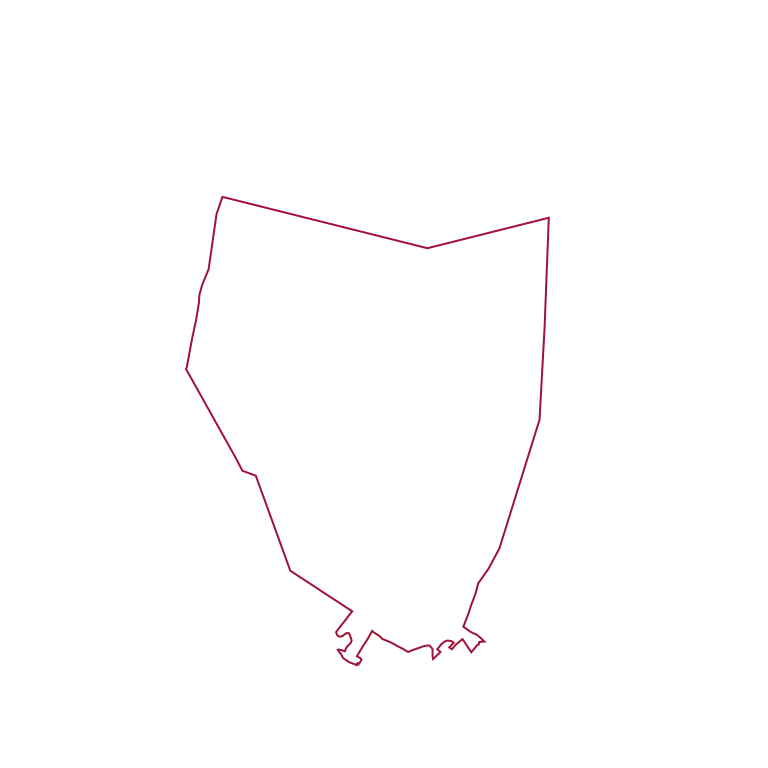 outline of San Juan Bautista Guelache, Oaxaca, Mexico, rotated 311°
{"feature_id": "50627088B98524938621349", "entity_name": "San Juan Bautista Guelache", "entity_type": "district", "adm_level": 2, "iso_a3": "MEX", "parent_name": "Mexico", "parent_adm1": "Oaxaca", "projection": "natural_earth1", "projection_center": [-96.79, 17.24], "detail": "fine", "context": "isolated", "style": "outline", "palette": "rose", "viewbox_px": 768, "rotation_deg": 311, "n_neighbors": 0, "source": "geoboundaries", "source_scale": "gbopen_adm2", "svg_char_len": 2518}
<svg xmlns="http://www.w3.org/2000/svg" viewBox="0 0 768 768"><g transform="rotate(311 384 384)"><path d="M419.2,139.3L402.3,146.2L355.4,176.4L339.9,181.6L330.3,186.1L324.1,190.9L308.9,200.3L293.2,208.9L267.0,224.3L265.4,224.8L230.8,321.0L225.6,334.1L230.7,347.4L181.6,435.8L183.3,448.5L185.3,462.8L187.1,476.6L188.7,487.8L191.6,509.1L189.2,509.2L187.2,509.3L183.2,509.6L181.5,509.7L179.4,509.8L176.9,509.9L175.3,510.0L173.4,510.1L165.4,510.6L164.5,511.9L163.8,513.2L163.8,515.2L164.7,516.7L165.9,517.8L167.0,518.1L168.6,518.4L170.0,518.8L171.6,519.3L172.8,520.6L172.4,522.5L169.2,527.9L166.5,528.8L162.8,528.5L160.7,528.5L158.7,529.0L156.7,529.9L155.2,526.5L153.8,524.0L153.3,523.5L153.1,523.4L152.0,527.5L152.3,527.9L152.2,528.3L151.7,529.5L150.4,532.7L150.4,533.2L150.5,534.9L150.7,535.9L150.7,536.8L150.9,538.5L151.0,538.9L151.2,540.3L153.4,546.0L153.5,547.0L153.7,547.6L154.3,548.0L154.1,547.5L154.9,547.3L156.1,547.2L157.1,548.7L157.7,548.6L158.2,548.5L158.5,548.4L159.2,548.3L159.5,548.2L160.0,548.1L161.5,547.7L161.6,546.8L161.6,546.3L160.8,542.1L165.0,541.4L169.4,540.6L172.9,540.0L175.5,539.7L179.5,539.2L185.3,538.0L189.9,537.0L189.8,538.8L190.7,544.9L190.8,545.9L190.8,547.7L190.7,548.0L190.6,549.5L190.5,550.1L190.8,551.0L192.2,554.9L192.4,555.4L192.5,556.0L192.7,556.4L193.0,557.3L193.4,558.8L193.6,559.5L194.1,561.7L194.3,562.3L194.8,565.0L195.2,566.9L196.7,572.8L196.9,574.4L197.3,576.3L197.6,578.0L198.2,578.2L198.5,578.6L199.1,578.9L201.4,579.8L205.0,581.9L207.6,583.4L212.2,586.0L214.6,587.9L216.0,589.4L216.4,590.0L216.4,591.4L216.1,592.0L216.0,593.9L215.7,594.7L213.8,596.3L211.6,598.2L210.5,599.2L208.7,601.5L210.4,601.7L211.3,601.8L211.9,601.8L213.9,602.0L214.1,601.9L216.1,602.2L218.9,602.4L218.8,599.9L218.7,598.3L219.1,598.2L223.1,598.1L224.5,598.0L227.2,598.3L230.0,599.0L232.0,600.2L232.3,600.5L234.3,603.9L234.4,606.4L233.2,606.3L228.0,606.1L228.4,609.3L234.6,609.2L240.6,610.2L241.7,610.4L242.8,610.6L243.0,610.7L239.7,622.7L239.6,623.2L238.8,625.9L248.3,625.7L249.7,626.4L251.7,625.1L255.5,628.7L255.5,626.0L255.5,625.6L255.7,625.1L255.7,623.4L255.7,621.8L255.7,620.5L255.7,619.2L255.5,618.0L255.1,616.8L254.7,615.5L254.3,614.3L253.8,612.1L253.6,610.7L253.5,609.1L253.3,607.7L253.2,606.2L253.0,604.7L252.9,603.1L260.7,600.3L264.4,599.0L268.1,597.5L272.3,595.7L273.1,595.3L276.6,594.0L281.7,592.2L286.0,590.5L290.6,588.3L295.2,585.9L313.1,584.1L335.8,578.9L459.1,524.8L531.9,468.2L617.6,399.3L578.6,372.1L514.9,327.6L419.2,139.3Z" fill="none" stroke="#9f1239" stroke-width="2"/></g></svg>